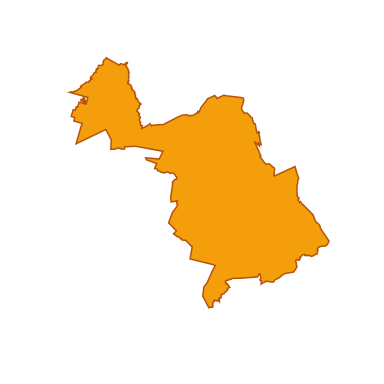 the district of Rosales, Chihuahua, Mexico, rotated 286°
{"feature_id": "50627088B98437787119642", "entity_name": "Rosales", "entity_type": "district", "adm_level": 2, "iso_a3": "MEX", "parent_name": "Mexico", "parent_adm1": "Chihuahua", "projection": "albers", "projection_center": [-105.763, 28.244], "detail": "fine", "context": "isolated", "style": "filled", "palette": "amber", "viewbox_px": 384, "rotation_deg": 286, "n_neighbors": 0, "source": "geoboundaries", "source_scale": "gbopen_adm2", "svg_char_len": 6026}
<svg xmlns="http://www.w3.org/2000/svg" viewBox="0 0 384 384"><g transform="rotate(286 192 192)"><path d="M225.9,67.3L206.4,67.3L228.3,91.9L219.7,100.1L210.6,102.2L211.8,105.7L212.8,107.5L213.8,108.2L214.1,108.7L213.8,111.3L214.3,112.1L214.2,112.9L214.0,113.0L214.3,114.4L214.8,115.3L216.9,115.0L220.4,125.0L223.1,152.9L214.7,151.4L212.1,138.0L210.4,139.3L209.6,150.3L204.1,149.5L204.0,149.8L204.6,150.8L204.6,151.8L204.0,152.6L202.9,153.1L203.2,154.2L203.1,155.4L202.5,156.1L202.6,158.4L202.4,158.8L202.7,159.1L202.7,160.1L203.4,160.8L203.4,161.3L204.1,161.8L204.6,163.0L204.3,164.8L203.7,165.8L204.7,166.9L205.1,168.5L204.7,169.0L203.7,171.3L202.5,172.2L202.4,173.1L201.3,173.6L200.4,173.7L199.3,172.0L198.5,171.8L197.3,171.1L197.0,170.7L196.0,170.5L193.9,171.3L181.6,172.9L176.7,174.6L179.4,180.4L177.6,180.1L176.9,180.4L176.3,181.6L172.6,181.0L167.3,178.9L155.9,178.0L150.4,187.7L148.5,186.8L147.2,186.5L147.0,185.7L146.8,185.7L146.1,187.1L145.4,189.4L145.1,189.8L145.2,190.2L144.8,192.8L144.3,193.6L144.0,193.6L143.8,194.1L143.8,194.8L143.0,196.0L143.6,197.7L143.5,197.9L143.8,199.3L140.5,205.0L139.8,206.0L139.7,206.3L139.8,206.7L139.2,207.3L127.1,208.6L128.0,231.9L127.7,234.6L120.6,233.1L108.9,231.6L104.0,229.6L94.9,231.0L85.3,240.2L86.4,241.6L86.7,243.4L87.1,243.6L87.4,243.1L88.6,243.6L89.2,242.9L90.0,242.6L91.7,242.9L92.8,243.4L94.1,243.2L94.4,244.1L94.2,244.4L94.3,244.9L94.0,245.0L94.0,245.5L94.3,246.0L94.4,246.5L94.8,247.1L94.5,247.1L94.3,247.6L94.5,247.9L94.1,248.6L95.1,248.2L95.6,247.2L96.1,248.0L97.3,247.4L97.4,248.3L97.7,248.6L98.5,249.1L99.2,249.1L99.4,248.8L99.2,248.6L99.8,248.3L101.0,248.5L101.3,248.4L102.0,248.8L101.8,249.3L102.6,250.0L103.0,250.7L104.5,251.2L105.1,251.9L106.1,252.2L106.8,252.8L107.9,253.2L109.2,252.9L110.7,254.4L110.8,253.9L111.6,253.7L111.7,253.3L112.9,252.1L112.9,251.1L113.5,251.1L113.5,250.3L114.0,250.0L113.7,249.5L113.9,249.2L114.9,249.0L115.2,248.6L116.0,248.8L117.1,250.9L118.5,252.6L118.8,253.5L119.4,254.2L120.1,254.5L122.5,262.5L128.4,278.4L131.9,279.2L131.9,279.9L131.6,279.9L131.2,280.5L128.4,281.8L126.1,281.6L126.1,282.4L125.9,283.1L125.6,282.9L124.6,283.4L122.5,283.8L123.5,284.5L124.6,286.0L126.5,287.6L127.0,289.6L127.0,290.9L127.7,294.6L127.9,295.0L128.1,295.3L129.9,295.7L130.8,296.3L132.2,298.0L134.5,300.1L136.6,301.3L137.2,302.0L139.1,303.6L143.0,311.7L145.0,312.5L145.8,312.5L146.6,313.0L149.0,313.4L149.5,313.3L150.8,312.4L152.4,311.9L153.7,311.0L155.4,310.7L156.3,311.5L155.8,312.4L155.7,312.9L156.1,314.1L156.7,314.2L157.3,313.9L158.0,313.9L158.6,314.5L158.8,314.1L159.5,313.8L160.5,314.8L162.2,315.8L163.0,317.1L162.2,317.8L162.3,318.4L162.6,318.6L162.1,319.0L163.2,320.5L162.8,321.0L163.3,322.3L163.0,324.8L163.5,325.1L163.7,325.8L164.2,326.1L166.0,328.0L166.4,328.1L166.4,328.7L166.7,329.2L167.5,329.2L168.2,329.0L169.0,329.2L170.0,328.9L170.9,329.1L171.2,328.5L171.7,328.2L172.6,328.6L172.9,328.5L173.9,329.1L174.1,329.5L175.7,331.4L176.6,334.5L177.0,335.4L178.6,336.4L180.5,337.0L182.6,337.2L192.3,325.7L195.1,324.0L195.9,322.6L196.2,322.4L196.6,321.1L198.2,318.5L203.3,314.8L210.5,302.0L210.3,301.8L212.7,298.7L211.6,298.3L213.6,295.9L214.3,296.4L215.5,296.6L216.1,296.1L216.3,295.1L217.3,294.2L218.5,294.0L219.3,293.4L221.5,292.6L225.0,291.9L226.6,291.1L229.9,291.1L232.5,290.4L234.5,290.9L239.5,287.3L244.9,284.0L230.1,266.8L230.3,266.4L237.5,264.9L240.4,258.2L239.1,255.1L244.7,247.6L245.7,248.3L257.8,238.2L254.9,244.0L257.2,242.8L256.7,243.6L256.5,245.4L263.4,241.7L263.8,241.9L266.2,240.1L267.2,240.7L268.5,239.5L267.1,238.6L266.7,238.0L274.9,234.0L274.9,232.3L276.9,231.3L277.8,230.4L279.9,229.5L280.0,228.4L283.0,223.6L282.3,219.9L283.0,219.8L283.2,219.2L284.6,217.4L286.3,216.5L294.2,216.5L296.3,215.7L296.3,212.8L293.8,197.6L293.9,196.0L288.8,190.1L290.1,188.9L291.0,187.2L285.8,181.2L284.8,181.0L275.4,177.3L271.1,176.8L271.1,175.3L269.9,175.3L269.6,176.7L269.5,175.0L266.4,172.4L265.9,171.7L265.7,170.8L265.1,169.6L264.4,168.9L264.9,167.0L264.7,165.3L263.8,163.5L263.8,163.0L263.4,161.8L262.9,160.9L261.8,160.2L261.5,159.3L260.4,157.9L248.8,145.7L247.9,142.6L245.4,136.0L244.4,134.8L246.1,132.9L243.0,130.4L239.2,126.3L240.2,126.2L240.8,125.8L242.0,126.0L242.1,124.1L242.8,124.1L243.5,123.6L244.9,123.3L244.9,122.8L245.4,122.7L247.0,121.4L249.2,121.9L249.7,121.2L250.1,121.2L251.0,119.3L251.7,119.4L252.3,120.1L252.5,120.1L253.7,118.8L254.2,116.9L256.5,116.9L257.8,117.8L259.0,118.0L260.6,117.5L261.5,117.8L261.9,118.7L262.9,118.4L262.8,117.8L263.0,117.0L263.7,116.4L263.9,115.7L264.7,115.2L265.5,114.2L265.6,114.4L266.6,113.8L266.7,113.1L266.3,112.8L266.2,112.2L267.2,112.0L267.6,111.6L268.7,111.4L268.9,111.0L269.8,110.8L270.3,110.2L270.3,109.8L271.8,109.7L272.6,109.2L273.3,107.3L274.1,106.9L274.1,105.9L274.4,105.5L275.0,105.8L275.5,105.5L275.6,105.2L276.1,105.2L276.6,104.5L277.4,104.3L278.0,103.1L278.3,102.8L278.2,102.2L278.6,101.7L278.4,100.6L279.1,100.6L279.3,100.2L279.9,99.8L280.1,100.2L280.9,100.7L281.5,100.7L281.6,100.4L282.4,99.9L285.1,99.7L286.4,99.0L288.4,98.5L289.6,98.6L289.9,98.0L291.1,97.7L291.5,96.9L292.3,96.7L293.0,96.2L293.4,95.8L293.5,95.3L294.3,94.6L294.7,94.6L295.5,93.1L295.8,93.0L297.0,93.3L296.7,93.7L297.0,94.0L297.4,94.0L298.0,94.3L298.7,94.2L298.4,93.5L297.0,92.3L295.7,91.9L295.7,87.9L293.8,87.2L297.4,72.4L295.9,72.3L294.9,71.1L292.3,70.6L291.2,71.1L289.9,71.3L289.3,70.8L288.5,69.2L288.0,67.4L284.1,67.4L284.1,66.3L283.2,66.7L282.5,66.2L281.7,66.0L281.0,66.9L280.6,66.9L279.8,65.4L277.9,64.6L276.5,64.3L274.7,63.0L274.1,62.8L273.0,63.3L272.8,63.9L273.4,64.7L273.3,64.8L271.8,63.5L271.1,63.4L270.7,62.6L269.2,62.5L268.2,59.8L267.8,59.9L267.4,59.7L263.5,56.1L262.7,55.8L262.1,56.7L261.7,56.5L259.9,54.8L258.9,54.3L257.4,52.9L256.8,52.2L256.6,51.5L255.4,50.3L255.2,48.7L254.1,46.8L254.2,65.8L247.3,65.9L247.2,64.4L250.6,64.3L250.6,63.0L252.5,63.0L252.5,61.5L250.7,61.5L250.6,59.9L249.1,60.0L249.1,63.0L247.2,63.0L247.2,58.7L242.0,58.7L242.0,57.3L238.4,57.3L238.4,55.1L231.3,55.1L231.3,58.8L227.7,58.8L227.7,67.6L227.0,67.7L225.9,67.3Z" fill="#f59e0b" stroke="#b45309" stroke-width="1.5"/></g></svg>